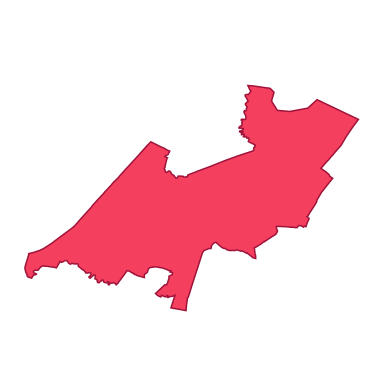 Jonacatepec, Morelos, Mexico, rotated 102°
{"feature_id": "50627088B27637916408907", "entity_name": "Jonacatepec", "entity_type": "district", "adm_level": 2, "iso_a3": "MEX", "parent_name": "Mexico", "parent_adm1": "Morelos", "projection": "robinson", "projection_center": [-98.798, 18.657], "detail": "fine", "context": "isolated", "style": "filled", "palette": "rose", "viewbox_px": 384, "rotation_deg": 102, "n_neighbors": 0, "source": "geoboundaries", "source_scale": "gbopen_adm2", "svg_char_len": 5935}
<svg xmlns="http://www.w3.org/2000/svg" viewBox="0 0 384 384"><g transform="rotate(102 192 192)"><path d="M308.5,335.7L309.0,335.2L309.4,333.7L309.6,330.9L306.5,329.9L304.9,327.1L304.7,327.0L304.2,328.1L304.1,329.5L303.5,330.1L303.3,330.5L303.1,330.6L302.8,330.6L302.2,330.3L302.0,330.2L301.7,330.0L301.4,329.7L301.3,329.4L301.0,328.8L301.0,328.3L300.9,327.7L300.6,326.6L299.7,325.8L298.3,325.3L296.0,323.6L295.1,321.8L295.1,321.3L295.3,320.7L294.8,318.6L294.6,315.4L294.3,311.5L294.4,308.8L292.8,308.3L288.6,307.0L287.3,306.6L288.0,305.1L287.2,303.8L285.7,302.3L285.1,300.2L286.0,299.1L286.9,298.3L287.6,297.2L287.9,296.0L286.8,294.5L286.8,292.3L286.4,290.2L286.0,288.8L286.5,288.3L288.4,287.7L289.5,285.2L290.4,283.9L291.2,281.3L292.4,279.8L293.3,279.1L293.1,277.7L292.2,275.3L292.6,274.0L293.8,273.5L296.6,275.2L297.3,274.5L297.4,273.5L296.5,273.0L293.6,270.7L293.5,269.6L294.3,269.1L297.1,268.9L297.3,267.4L298.3,266.1L299.4,266.0L300.1,265.5L300.2,265.0L300.1,264.1L299.1,263.5L298.1,262.4L297.4,262.1L296.7,261.4L296.7,260.6L297.4,260.1L298.1,259.9L298.6,259.1L298.7,257.7L298.6,256.6L297.2,255.7L297.3,255.0L297.8,254.7L299.6,255.0L300.2,254.1L299.7,253.4L298.1,253.3L297.9,251.3L297.4,250.5L296.9,249.4L297.5,248.2L298.6,246.9L297.3,246.0L296.2,245.2L295.3,245.0L291.8,243.3L291.1,243.0L283.0,239.3L282.6,239.0L282.4,239.0L282.5,236.5L283.2,234.9L283.3,234.8L283.7,232.9L283.5,232.6L283.6,232.3L284.3,231.9L284.4,231.4L284.6,231.1L284.5,230.1L285.1,228.5L285.2,227.7L285.6,220.8L284.6,221.1L282.5,221.3L282.3,221.3L281.7,220.8L281.2,220.0L280.7,219.6L279.3,218.9L276.6,218.8L275.6,218.1L274.8,217.7L272.8,212.3L272.6,209.0L272.6,207.3L272.4,205.6L273.0,200.8L273.7,198.2L273.4,196.3L274.8,196.8L274.9,194.4L276.9,194.1L279.1,197.0L281.3,196.6L285.5,197.0L288.0,197.5L288.5,199.4L298.9,206.6L300.4,204.0L301.2,201.0L300.9,200.5L300.2,200.3L299.4,200.3L299.6,199.0L299.9,197.7L300.2,196.6L299.8,195.5L298.6,195.2L298.4,194.8L298.5,194.3L298.8,193.8L299.7,194.3L300.1,194.1L300.2,193.6L298.7,191.4L298.5,190.6L297.8,188.9L296.6,187.3L297.9,187.3L306.4,188.2L309.7,188.5L309.6,184.2L309.4,180.1L309.3,173.2L303.2,173.9L296.4,174.4L295.7,173.8L291.1,173.3L284.9,172.8L255.9,169.8L249.2,169.1L246.7,168.0L243.7,163.5L243.4,161.7L241.5,161.6L241.2,161.7L240.2,161.7L238.2,160.5L237.2,159.7L236.2,158.2L236.7,157.3L237.7,155.7L239.9,151.6L240.1,151.0L240.5,149.3L240.4,147.9L240.6,147.0L241.3,145.8L241.4,144.0L241.4,143.0L241.1,141.4L240.7,139.9L240.2,137.3L239.3,136.2L239.6,132.6L239.8,131.9L239.1,131.1L240.5,125.9L240.1,125.8L241.3,123.3L242.4,121.0L243.6,118.9L243.8,115.9L242.0,116.3L240.3,116.8L239.9,117.3L239.7,117.4L235.8,118.7L234.2,119.3L233.8,119.5L232.5,117.9L227.9,113.1L226.5,112.1L226.1,111.7L225.4,111.1L225.6,110.9L219.9,105.3L216.7,102.0L215.8,101.2L215.3,101.0L214.3,100.7L212.3,100.0L212.3,99.9L211.8,100.9L211.4,101.0L211.0,101.1L210.4,101.5L210.0,101.8L208.3,102.4L208.2,102.4L207.5,99.1L207.1,96.9L207.0,96.1L206.8,95.0L206.4,92.9L206.3,91.6L206.1,90.6L206.0,88.3L205.5,85.7L205.3,83.1L205.0,82.0L204.9,81.7L202.6,80.6L202.5,79.5L202.5,79.0L202.2,78.1L202.8,76.9L203.2,75.7L202.1,75.1L202.2,74.4L202.2,73.3L201.0,73.2L199.8,73.1L197.6,72.8L195.2,72.2L194.5,72.0L193.7,72.0L193.8,72.2L192.1,74.3L191.9,73.8L190.6,73.4L189.0,72.8L187.9,72.6L186.9,72.1L182.4,70.4L181.2,69.9L175.8,68.0L175.0,68.1L173.9,68.1L165.3,65.2L164.2,64.6L163.7,64.4L161.9,63.5L158.0,61.6L149.3,57.2L148.5,59.3L148.3,59.8L147.7,60.6L146.2,61.9L145.7,62.8L144.5,65.1L142.4,70.0L142.0,70.9L141.2,70.3L141.0,70.2L138.5,68.8L138.1,68.6L134.7,66.7L134.2,66.4L133.2,65.8L132.5,65.3L130.1,64.0L129.5,63.7L129.4,63.7L128.8,63.4L125.9,61.6L125.6,61.6L122.4,59.8L115.2,55.8L105.6,52.6L95.1,48.3L86.4,44.3L75.7,88.9L85.9,96.2L92.9,113.1L94.4,125.5L86.5,133.1L77.4,132.5L75.1,135.9L74.4,137.2L74.3,137.9L74.6,140.1L75.5,154.0L76.2,159.5L80.1,156.6L81.0,155.3L83.8,156.5L85.0,157.3L85.2,159.0L86.1,160.2L87.2,159.8L89.1,157.9L91.8,155.9L93.0,157.2L94.9,158.2L96.1,157.2L97.5,155.7L98.1,155.6L99.0,156.2L100.8,155.8L101.7,156.6L101.5,157.6L102.9,157.9L104.4,156.8L106.3,155.2L109.3,154.5L110.2,155.4L110.1,157.1L110.7,158.8L111.4,158.9L112.3,157.2L113.9,157.8L115.7,157.0L116.6,157.1L117.6,158.6L119.1,159.5L119.8,159.2L119.3,157.2L119.3,155.0L120.1,154.8L122.0,156.8L122.3,157.9L123.2,158.0L123.5,157.2L122.6,154.7L123.7,154.8L124.6,155.8L125.7,155.5L124.8,152.9L125.9,152.9L127.2,153.3L127.3,152.1L126.4,150.5L126.9,150.2L127.6,149.8L128.0,149.3L127.4,147.8L128.7,147.1L130.7,147.5L131.3,146.4L132.8,140.1L134.5,140.3L134.9,139.8L135.6,140.6L136.6,140.8L138.0,140.3L139.0,140.7L140.6,143.4L147.0,154.4L153.9,165.5L163.3,179.6L170.6,191.1L172.9,194.5L174.0,196.3L175.0,197.8L176.3,199.6L176.5,199.5L177.3,199.8L177.9,199.8L178.3,200.0L178.4,201.1L179.0,202.3L179.0,203.3L178.7,203.6L178.4,204.1L178.8,205.8L178.9,207.0L179.1,207.8L179.3,208.9L180.3,209.1L181.6,209.8L181.6,210.9L180.9,211.7L179.6,213.0L179.2,214.3L179.1,215.2L177.4,216.6L176.6,217.3L176.2,218.2L176.3,219.2L178.1,220.9L178.2,222.0L176.1,223.0L174.6,224.1L173.9,223.6L170.3,223.7L163.9,223.4L163.6,223.2L163.0,225.9L162.1,225.3L161.1,224.2L160.3,223.2L159.1,222.9L156.6,222.3L156.1,225.2L155.8,226.1L155.1,227.8L153.9,233.6L153.4,235.3L152.9,237.1L151.5,242.7L155.9,245.5L156.7,246.1L156.9,246.1L163.4,249.8L163.8,250.1L165.7,251.1L165.8,251.1L176.7,257.6L180.6,259.8L181.1,260.2L183.6,261.7L191.3,266.1L193.1,267.0L197.1,269.6L198.6,270.7L200.4,271.7L201.9,272.4L205.0,274.3L206.4,275.1L209.4,276.9L209.6,277.1L212.0,278.3L213.7,279.3L215.0,280.2L215.2,280.3L216.6,281.0L218.2,282.1L219.8,283.0L225.4,286.3L227.8,287.3L232.5,290.1L235.5,291.8L240.6,294.8L249.3,299.6L250.0,300.1L252.2,301.8L267.3,315.1L270.8,318.1L274.0,321.2L278.4,325.7L280.4,328.3L280.7,328.7L284.0,334.3L286.2,338.9L286.5,338.8L288.7,338.8L294.3,339.3L297.5,339.6L299.4,339.7L301.1,339.6L301.6,339.5L302.5,339.1L305.6,337.6L306.7,336.4L308.5,335.7Z" fill="#f43f5e" stroke="#9f1239" stroke-width="1.5"/></g></svg>